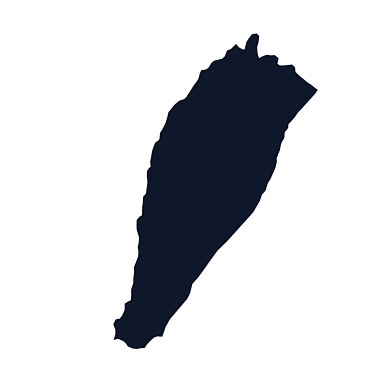 Akanthou, Cyprus, rotated 312°
{"feature_id": "46923920B90668943493632", "entity_name": "Akanthou", "entity_type": "district", "adm_level": 2, "iso_a3": "CYP", "parent_name": "Cyprus", "parent_adm1": "", "projection": "robinson", "projection_center": [33.758, 35.379], "detail": "fine", "context": "isolated", "style": "filled", "palette": "ink", "viewbox_px": 384, "rotation_deg": 312, "n_neighbors": 0, "source": "geoboundaries", "source_scale": "gbopen_adm2", "svg_char_len": 2135}
<svg xmlns="http://www.w3.org/2000/svg" viewBox="0 0 384 384"><g transform="rotate(312 192 192)"><path d="M64.8,265.8L74.2,261.8L82.7,260.0L92.1,259.7L92.5,259.7L95.8,259.6L109.3,259.2L115.6,257.4L123.8,253.0L132.3,253.0L141.3,252.1L153.1,250.7L165.7,249.4L171.2,249.8L179.2,250.3L204.4,250.3L217.9,250.3L230.6,247.6L236.9,245.0L241.8,245.0L248.6,241.9L254.9,240.6L265.3,237.2L270.7,234.3L273.1,231.8L277.4,230.1L282.0,228.4L285.2,226.4L288.6,224.7L293.5,223.8L298.1,220.2L303.6,219.9L306.5,217.6L311.1,217.6L314.9,217.6L318.6,217.3L321.8,216.8L329.6,217.0L335.6,217.0L342.6,217.0L347.5,217.0L351.2,216.5L350.9,212.8L350.6,208.3L350.1,205.4L349.8,202.0L349.8,199.2L349.5,195.2L349.5,191.0L350.0,187.9L352.9,184.8L352.9,181.4L350.0,178.8L347.2,176.3L344.0,172.9L343.7,169.2L348.6,166.4L348.3,162.1L345.7,159.6L343.4,156.2L338.8,153.9L335.3,153.0L337.3,148.8L340.8,144.8L343.1,142.6L347.4,140.6L352.1,137.2L352.3,134.4L349.2,131.8L344.8,132.1L340.5,132.7L336.2,134.9L332.7,136.9L331.0,134.1L330.1,129.8L330.7,126.4L323.8,125.9L320.6,124.2L314.6,126.4L310.8,125.9L307.4,123.6L304.2,121.3L301.0,120.8L295.2,121.9L291.5,120.8L288.6,118.2L285.7,119.1L281.1,121.6L278.2,122.2L271.9,122.8L265.8,123.9L262.1,124.5L258.9,125.0L255.4,124.7L251.1,122.2L245.1,121.3L241.0,121.6L235.6,121.9L230.9,124.5L225.5,127.0L219.1,128.7L214.8,129.5L211.3,132.1L208.7,133.5L204.1,132.4L197.5,134.9L193.5,137.2L190.0,139.5L186.8,141.4L183.6,145.1L180.5,144.8L177.6,145.4L173.6,148.8L171.0,151.9L167.8,154.5L164.0,157.0L160.3,159.6L156.0,159.6L151.3,163.5L148.5,165.2L143.9,169.2L141.3,171.2L138.4,170.3L134.6,170.3L130.9,173.4L127.7,176.5L123.1,183.9L119.0,187.0L115.0,189.3L113.3,191.6L111.0,193.8L108.4,195.8L103.2,197.8L97.7,199.8L94.2,203.2L91.4,205.2L88.2,207.4L85.9,209.7L83.0,211.1L80.1,212.2L77.8,213.9L75.5,216.2L72.9,218.2L70.6,219.9L67.7,218.5L64.2,217.6L59.6,221.6L53.3,223.6L49.2,223.8L46.1,221.3L41.5,222.7L39.1,227.5L35.4,230.9L31.1,232.9L34.0,234.6L36.0,240.6L36.0,244.2L35.1,247.6L36.5,251.9L38.8,255.3L41.4,257.3L44.9,260.4L48.1,259.8L52.7,259.8L58.5,260.4L61.9,262.1L64.8,265.8Z" fill="#0f172a" stroke="#020617" stroke-width="1.5"/></g></svg>